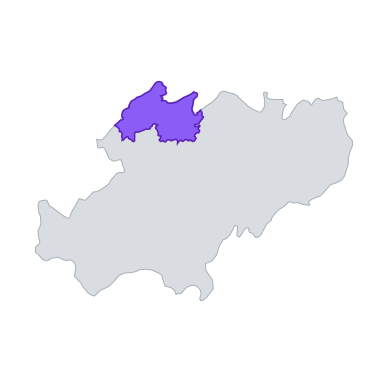 Zlatiborski highlighted on a map of Republic of Serbia, rotated 101°
{"feature_id": "SRB-1505", "entity_name": "Zlatiborski", "entity_type": "District", "adm_level": 1, "iso_a3": "SRB", "parent_name": "Republic of Serbia", "parent_adm1": "", "projection": "equal_earth", "projection_center": [19.945, 43.584], "detail": "fine", "context": "in_parent", "style": "filled", "palette": "violet", "viewbox_px": 384, "rotation_deg": 101, "n_neighbors": 0, "source": "natural_earth", "source_scale": "10m", "svg_char_len": 8943}
<svg xmlns="http://www.w3.org/2000/svg" viewBox="0 0 384 384"><g transform="rotate(101 192 192)"><path d="M217.0,143.7L226.5,146.4L230.8,149.0L233.1,152.4L239.1,154.7L248.9,155.8L255.8,159.2L259.7,165.1L266.0,163.7L274.6,155.0L283.1,152.7L291.5,156.9L296.1,160.3L297.0,163.0L295.0,164.1L290.3,163.6L286.5,165.2L283.6,169.1L283.2,173.2L285.3,177.5L288.4,180.5L292.2,182.2L294.3,184.4L294.6,187.3L295.6,188.1L293.5,189.4L291.1,191.4L289.8,194.9L289.5,200.4L282.1,204.8L279.3,205.6L278.1,208.4L276.2,216.6L276.6,222.7L277.6,225.9L278.1,228.4L280.6,231.6L282.8,236.4L284.4,242.7L287.7,247.6L296.1,252.5L300.3,255.3L303.4,259.4L305.8,263.1L312.8,268.0L312.3,271.5L310.8,274.9L309.3,276.6L305.9,281.0L302.6,283.5L297.2,291.3L288.5,291.7L286.4,292.3L283.2,294.5L281.6,298.4L283.2,301.5L283.1,304.7L281.6,310.8L283.8,317.4L286.9,320.5L287.4,322.2L286.9,325.3L282.4,331.6L281.1,334.0L276.5,335.1L274.9,334.5L272.5,332.3L270.3,331.7L264.8,334.3L259.2,335.8L254.8,334.6L250.5,334.5L247.5,335.5L245.2,335.9L240.8,338.7L233.7,340.7L230.4,340.2L229.1,337.7L227.8,334.0L228.4,332.3L233.1,329.4L233.6,326.7L240.1,313.4L241.3,309.1L241.3,307.7L239.6,306.8L236.0,306.8L220.0,301.4L220.6,295.3L215.9,292.0L210.8,289.0L210.0,285.7L204.3,279.1L200.2,275.4L194.9,273.5L190.4,270.8L187.7,269.1L186.5,266.0L186.4,264.2L185.1,262.4L182.9,262.6L179.2,265.1L174.7,267.2L173.9,268.7L175.6,272.4L176.7,274.7L176.2,276.9L174.8,279.8L166.1,286.0L165.1,288.2L166.8,291.7L165.7,293.3L158.4,295.6L158.6,293.7L158.1,290.6L153.9,287.3L148.0,284.8L134.9,276.1L129.8,275.0L125.3,274.0L118.8,269.8L115.5,269.1L111.8,266.1L103.8,256.2L97.0,250.7L92.4,248.0L91.1,245.3L90.8,242.6L91.0,241.6L94.5,237.7L97.2,237.2L100.7,237.0L103.0,239.0L106.0,239.4L107.7,236.9L108.6,233.3L108.2,228.7L101.0,217.9L94.8,210.4L94.1,208.8L95.4,207.4L97.6,206.6L99.9,207.3L106.0,207.8L111.8,207.1L113.8,205.3L113.8,202.8L111.7,200.6L104.9,194.4L99.6,189.0L93.4,184.9L88.7,183.2L87.4,181.1L86.8,178.9L87.4,174.7L87.7,169.5L88.8,166.2L93.0,160.0L97.0,153.5L99.5,147.1L100.8,141.3L100.3,139.6L98.3,138.3L93.9,137.1L87.8,138.2L82.6,140.3L80.5,140.5L79.9,137.9L80.7,136.7L82.3,136.8L83.7,137.3L85.1,136.1L86.0,132.6L83.9,120.3L87.7,119.3L87.8,117.5L88.2,115.9L92.2,118.0L97.8,118.1L102.7,117.7L103.4,116.5L103.4,114.7L102.4,113.3L100.6,112.2L99.4,110.5L96.1,109.8L85.7,105.4L80.6,100.7L80.8,95.7L82.3,93.0L84.1,92.1L83.6,91.1L77.7,88.8L75.7,85.6L77.4,81.5L74.4,73.2L71.2,68.1L74.4,65.9L74.8,62.8L75.1,61.0L76.4,61.0L81.5,58.9L83.3,57.2L84.4,55.2L85.6,54.7L89.0,56.9L92.6,57.1L96.6,55.7L99.6,53.8L103.2,52.2L104.8,51.1L106.9,49.4L111.1,44.4L115.9,43.3L122.2,44.6L129.1,45.1L134.3,43.9L147.3,45.4L150.1,46.6L152.0,47.8L155.4,52.1L158.7,57.7L163.3,60.3L168.7,63.4L171.5,65.6L175.7,72.3L178.9,75.6L180.0,75.5L181.1,74.6L181.9,73.9L182.7,74.5L182.8,76.6L183.0,81.1L182.2,85.9L183.4,90.5L183.5,91.9L182.7,93.2L182.8,94.3L183.9,95.6L188.4,98.6L192.5,103.2L197.3,106.5L201.7,108.6L204.4,108.8L209.0,112.5L218.0,115.3L220.9,116.2L222.9,117.7L224.3,119.5L224.4,121.5L223.0,122.4L221.1,125.0L220.4,128.2L218.9,129.0L217.5,129.0L216.5,130.0L216.7,131.3L217.9,132.6L219.8,133.8L223.4,135.0L227.0,136.7L226.9,138.1L226.2,139.6L221.7,140.2L218.4,140.4L216.8,141.0L217.0,143.7Z" fill="#d9dde1" stroke="#a8b0b8" stroke-width="1"/><path d="M111.7,265.7L109.5,264.0L109.0,263.1L108.0,261.0L107.2,259.9L103.8,256.5L101.4,253.0L100.4,252.3L92.4,248.9L90.8,247.6L89.9,245.6L89.9,243.4L91.0,241.7L92.3,241.7L93.0,240.4L93.6,238.7L94.4,237.4L95.1,237.2L96.5,237.5L97.2,237.4L97.9,237.1L99.3,236.1L99.9,235.9L100.9,236.4L101.9,237.6L102.7,239.1L103.2,240.4L103.6,241.1L104.2,240.4L104.9,238.7L105.6,238.7L107.8,239.5L108.3,239.3L108.4,238.9L108.2,238.6L107.8,238.2L107.5,237.4L107.5,236.4L107.6,235.3L107.8,234.3L109.3,233.0L109.2,230.9L107.8,226.7L106.7,224.2L100.7,218.1L97.6,213.4L95.8,211.2L93.8,209.8L93.2,209.3L93.8,208.7L94.0,208.2L93.7,207.2L93.7,206.7L94.0,206.0L94.5,205.6L95.7,205.2L96.6,205.1L97.3,205.4L98.8,206.4L100.3,207.7L101.1,208.2L101.9,208.1L102.8,207.9L105.9,207.7L109.2,208.0L110.6,207.9L112.0,207.4L114.4,205.7L115.4,204.7L115.9,203.4L115.5,202.0L114.7,201.4L114.2,201.6L113.9,202.0L113.6,202.2L113.1,201.8L112.2,200.7L110.3,199.7L109.9,199.2L110.5,199.0L110.7,198.9L110.8,198.8L111.5,197.7L111.8,197.4L112.4,197.3L113.3,196.9L113.6,196.9L114.6,197.2L115.1,197.0L115.3,196.8L115.5,196.3L115.8,195.9L115.9,195.7L115.9,195.2L116.4,195.2L116.9,195.2L117.6,195.5L118.1,195.6L118.3,195.7L118.5,196.1L119.1,196.6L120.4,196.9L120.9,197.1L121.2,197.3L121.5,197.7L121.9,198.0L122.1,198.0L122.6,198.0L122.9,198.1L123.3,198.6L123.9,199.1L124.0,199.3L124.1,199.7L124.2,199.9L124.8,200.4L124.9,200.7L125.1,201.0L124.9,201.6L125.0,201.7L125.1,201.9L125.2,202.0L125.6,202.1L126.4,202.2L126.7,202.1L126.9,202.0L127.0,201.9L127.1,201.6L127.1,201.4L127.1,200.9L127.0,200.5L126.8,199.8L126.4,198.9L126.1,198.5L125.4,198.1L125.1,197.8L124.9,197.6L124.9,197.4L125.0,197.3L125.4,197.0L125.7,196.9L126.0,196.9L126.4,197.0L126.6,197.1L127.2,197.7L128.0,198.1L128.4,198.1L128.9,197.6L129.6,197.3L129.8,197.0L129.9,196.5L130.1,196.3L130.4,196.3L131.5,196.4L131.9,196.5L132.4,196.7L132.8,196.9L132.9,197.1L132.9,197.4L132.6,197.8L132.5,198.0L132.6,198.3L133.0,198.7L133.3,199.1L133.9,199.3L134.7,199.7L135.1,200.1L135.4,200.2L136.2,200.3L136.8,200.4L137.0,199.6L137.2,199.3L137.7,199.0L138.7,198.2L138.9,198.6L139.1,198.7L139.4,198.7L140.0,198.8L140.3,198.8L141.7,199.7L142.2,200.7L142.3,201.0L142.2,201.2L142.2,201.4L141.8,201.9L141.6,202.2L141.6,202.6L141.8,203.1L141.8,203.3L141.7,203.5L141.4,203.9L141.3,204.1L141.4,204.4L141.5,204.5L142.3,205.1L142.5,205.4L142.5,205.6L142.4,205.7L142.3,206.0L141.6,206.6L141.4,207.4L141.4,207.6L141.5,207.7L142.0,207.9L142.1,208.1L141.9,208.6L141.9,208.9L142.0,209.0L142.3,209.3L143.2,209.9L143.5,209.9L143.9,210.5L144.1,210.9L144.2,211.1L144.1,211.4L143.9,211.7L143.4,212.1L143.2,212.3L143.2,212.5L143.3,212.8L143.9,213.6L144.9,214.4L145.6,214.8L146.3,215.1L147.2,215.5L146.1,215.7L145.6,215.8L144.9,215.7L144.7,215.8L144.3,216.1L144.0,216.6L143.6,217.0L143.3,217.8L143.2,218.1L143.3,218.3L143.4,218.5L143.6,218.7L144.1,218.9L144.3,219.1L144.4,219.4L144.3,219.7L144.3,220.0L144.3,220.3L144.7,221.0L145.3,221.3L145.5,221.5L145.6,221.8L145.7,222.0L145.7,222.3L145.3,222.8L145.1,223.1L145.1,223.3L145.3,224.0L145.2,224.9L145.4,225.4L145.3,225.8L145.5,226.1L146.5,226.8L146.9,226.9L147.6,227.3L147.8,227.4L147.8,227.5L147.8,228.1L148.0,228.6L148.0,228.8L147.7,229.4L147.5,230.0L147.1,230.5L147.2,230.8L147.4,231.1L148.0,231.6L148.2,231.8L148.3,232.0L148.4,232.3L148.3,232.5L148.0,233.1L147.8,233.7L147.5,234.0L147.2,234.1L146.9,234.1L145.9,233.5L145.4,233.3L144.6,233.2L144.4,233.2L144.0,233.4L143.8,233.4L143.5,233.3L143.3,233.1L143.0,233.1L143.0,233.4L143.1,233.7L143.1,234.6L143.1,235.1L143.2,235.6L143.0,236.0L142.5,236.3L142.0,236.4L141.7,236.4L141.0,236.1L140.7,236.1L140.4,236.2L138.9,237.5L138.2,237.9L137.9,238.0L137.0,239.0L136.8,239.5L136.6,239.7L135.6,240.1L135.4,240.1L135.2,240.0L135.0,239.9L134.6,239.6L133.8,238.9L132.8,238.4L132.7,238.9L132.6,239.3L132.7,239.6L132.9,240.0L132.9,240.4L132.8,240.7L132.2,241.0L131.9,241.4L131.9,241.5L132.0,241.7L132.3,242.1L132.5,242.6L132.6,242.8L132.8,243.0L133.1,243.3L133.6,243.5L134.5,243.6L135.3,244.0L135.7,244.7L135.9,244.9L136.2,245.0L137.3,245.0L137.9,245.2L138.1,245.4L138.2,245.6L138.3,245.8L138.4,246.4L138.5,246.6L138.8,246.9L138.9,247.2L138.9,247.4L138.8,247.9L138.8,248.4L138.8,248.6L139.2,249.3L139.5,249.9L139.8,250.1L139.8,250.3L140.2,251.0L141.0,251.9L141.0,252.1L141.2,252.7L141.4,252.9L141.9,253.5L142.5,254.3L142.7,254.9L143.0,255.5L143.2,255.9L143.7,256.6L143.8,256.8L143.8,257.2L143.7,257.4L143.5,257.6L143.4,257.7L143.4,258.0L143.5,258.2L143.8,258.5L144.0,258.7L144.6,259.1L145.1,259.6L145.3,259.7L145.5,259.7L146.2,259.3L147.5,259.2L148.3,258.8L148.5,258.8L149.8,258.7L150.2,258.7L150.9,258.5L151.8,258.3L152.2,258.1L152.5,258.1L153.0,258.3L153.6,258.9L153.8,259.3L153.8,259.5L152.7,260.9L152.6,261.4L152.3,261.9L152.2,262.3L151.9,262.9L151.9,263.9L151.8,264.1L151.5,264.4L150.2,265.3L150.0,265.5L149.9,265.7L150.1,266.5L150.3,266.7L151.0,267.0L151.3,267.2L151.4,267.4L151.6,267.9L151.7,268.0L151.9,268.1L152.6,268.4L153.2,268.8L153.8,269.1L154.0,269.3L154.3,269.9L154.7,270.4L152.6,270.7L151.4,271.3L151.0,271.5L150.7,271.6L150.3,271.7L149.6,271.7L148.9,271.7L148.2,271.6L147.9,271.7L147.3,272.4L147.0,272.8L146.6,273.2L146.4,273.4L146.3,273.6L146.5,274.2L146.6,274.4L146.6,274.7L146.5,274.9L146.2,275.1L145.5,275.0L145.0,275.1L144.0,275.6L143.8,275.8L143.5,276.2L143.1,276.8L142.8,277.2L142.6,277.7L142.3,278.1L142.2,278.3L141.8,279.2L141.7,280.1L141.6,280.4L141.3,280.7L139.3,278.8L135.8,276.4L135.2,275.8L134.8,275.1L134.4,274.3L134.0,273.7L133.2,273.4L132.7,273.7L131.3,275.1L130.6,275.5L128.6,275.6L126.7,275.5L125.3,275.0L124.1,274.1L123.0,272.7L121.3,269.7L120.9,269.7L120.4,270.1L119.6,270.4L118.4,270.2L115.8,269.5L114.6,268.9L113.6,268.0L111.7,265.7Z" fill="#8b5cf6" stroke="#5b21b6" stroke-width="1.5"/></g></svg>